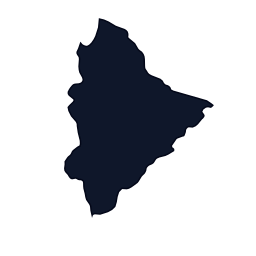 an SVG outline of Bihor, rotated 199°
{"feature_id": "ROU-277", "entity_name": "Bihor", "entity_type": "County", "adm_level": 1, "iso_a3": "ROU", "parent_name": "Romania", "parent_adm1": "", "projection": "orthographic", "projection_center": [22.195, 46.981], "detail": "fine", "context": "isolated", "style": "filled", "palette": "ink", "viewbox_px": 256, "rotation_deg": 199, "n_neighbors": 0, "source": "natural_earth", "source_scale": "10m", "svg_char_len": 2515}
<svg xmlns="http://www.w3.org/2000/svg" viewBox="0 0 256 256"><g transform="rotate(199 128 128)"><path d="M55.2,177.1L55.4,176.5L56.5,174.7L59.4,174.3L61.5,173.1L63.5,170.2L63.8,167.2L61.0,165.2L60.7,164.9L60.4,164.6L60.2,164.1L60.3,163.2L60.6,162.3L60.9,161.5L61.4,160.8L63.7,154.6L65.1,152.2L67.3,150.1L71.1,149.1L72.2,148.2L73.1,146.2L73.1,144.6L72.7,142.9L72.7,141.1L72.8,139.2L73.0,138.8L73.4,138.7L78.2,134.8L79.1,133.7L81.2,126.1L81.6,126.0L81.5,125.8L80.6,124.0L79.9,123.4L78.9,123.2L78.0,122.7L77.7,121.9L77.6,121.4L81.7,116.5L84.0,114.3L89.2,110.9L91.3,108.9L92.0,107.5L92.6,104.8L93.0,103.4L94.0,102.0L96.4,99.8L97.2,98.5L97.9,96.7L97.9,95.2L97.6,93.9L97.7,92.1L98.1,90.4L99.3,88.1L99.9,86.7L101.1,81.2L101.7,79.5L105.8,73.6L107.7,71.5L109.5,70.3L114.2,69.0L116.2,64.7L116.1,59.6L115.2,54.3L115.0,49.5L116.9,45.8L120.0,42.4L126.4,37.6L131.5,36.3L132.1,35.9L132.9,35.3L133.5,34.1L133.5,33.9L134.0,34.7L136.1,38.1L137.4,41.1L138.2,42.5L139.4,43.7L143.7,46.9L145.2,49.0L146.9,52.1L149.9,56.7L150.7,58.5L151.9,61.7L152.6,62.9L153.5,63.6L155.2,64.0L156.3,63.8L157.1,63.5L158.1,63.4L159.0,63.5L160.5,63.8L161.6,63.6L164.1,62.1L165.1,61.9L166.2,62.2L167.6,63.1L169.3,64.6L172.4,66.3L173.7,67.4L174.6,69.3L175.4,73.1L176.4,75.8L175.3,80.0L174.8,81.3L173.6,83.2L173.1,84.5L172.9,85.8L172.8,87.1L172.5,88.3L171.9,89.4L169.3,93.4L168.4,94.4L167.5,95.3L167.6,97.4L168.8,100.5L173.4,107.6L176.5,113.6L176.9,114.8L177.6,116.0L178.8,117.3L185.3,121.1L189.4,125.1L191.2,128.1L190.4,130.2L188.1,134.7L187.8,136.2L188.0,137.2L188.8,137.9L194.2,139.9L195.5,141.0L196.1,142.6L195.7,145.5L195.2,147.3L194.6,148.9L194.1,150.2L193.4,151.2L192.4,152.0L188.6,153.7L187.4,154.6L186.5,155.6L186.0,156.8L185.8,158.0L186.1,159.4L187.3,161.2L191.5,165.0L192.9,167.2L194.3,170.3L196.2,177.5L197.2,179.4L198.2,180.2L199.3,181.0L200.3,182.0L200.8,183.2L200.4,187.0L200.4,192.8L198.8,191.8L197.8,191.5L196.4,191.3L195.1,191.3L193.7,191.5L192.5,192.3L191.2,193.8L189.8,196.6L188.7,200.6L188.2,204.2L188.4,213.5L190.4,221.7L186.0,222.1L181.0,221.7L172.9,220.0L163.3,219.8L161.7,219.4L160.1,218.5L158.9,216.8L158.4,215.3L158.1,213.9L157.2,212.9L149.3,209.9L144.3,205.6L142.6,204.8L139.9,204.0L137.8,202.5L136.2,200.6L135.0,198.1L132.7,191.9L131.9,190.1L131.1,189.1L128.7,187.3L127.6,186.3L125.7,185.3L122.8,184.8L113.5,184.4L110.9,183.4L109.5,182.0L107.9,181.0L106.5,180.6L104.5,180.7L103.2,180.5L101.7,179.8L100.9,178.9L100.2,177.9L97.5,177.4L62.4,179.2L57.5,177.9L55.2,177.1Z" fill="#0f172a" stroke="#020617" stroke-width="1.5"/></g></svg>